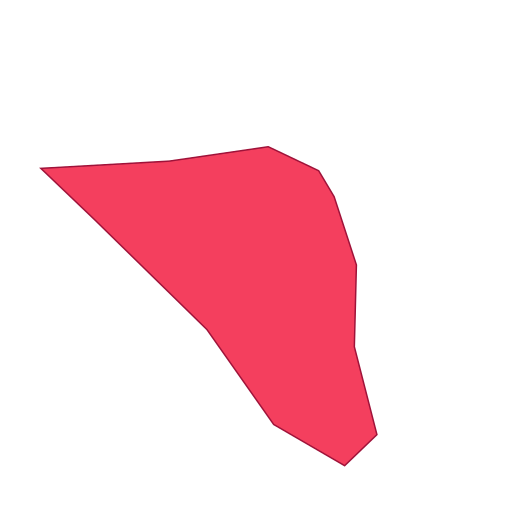 outline of Oxelösund, Södermanland, Sweden, rotated 226°
{"feature_id": "70781695B16692343242132", "entity_name": "Oxelösund", "entity_type": "district", "adm_level": 2, "iso_a3": "SWE", "parent_name": "Sweden", "parent_adm1": "Södermanland", "projection": "equal_earth", "projection_center": [17.078, 58.693], "detail": "fine", "context": "isolated", "style": "filled", "palette": "rose", "viewbox_px": 512, "rotation_deg": 226, "n_neighbors": 0, "source": "geoboundaries", "source_scale": "gbopen_adm2", "svg_char_len": 325}
<svg xmlns="http://www.w3.org/2000/svg" viewBox="0 0 512 512"><g transform="rotate(226 256 256)"><path d="M468.5,162.1L395.0,165.1L237.2,169.6L122.5,151.7L43.6,174.1L43.5,218.9L122.4,263.7L179.8,322.0L244.4,353.4L273.8,360.3L326.1,340.7L384.6,259.4L468.5,162.1Z" fill="#f43f5e" stroke="#9f1239" stroke-width="1.5"/></g></svg>